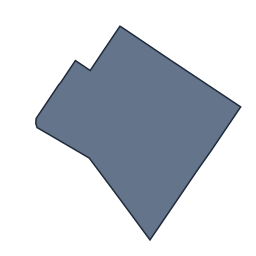 Pueblo, Colorado, United States of America, rotated 34°
{"feature_id": "52423323B13171777995107", "entity_name": "Pueblo", "entity_type": "district", "adm_level": 2, "iso_a3": "USA", "parent_name": "United States of America", "parent_adm1": "Colorado", "projection": "natural_earth1", "projection_center": [-104.683, 38.129], "detail": "fine", "context": "isolated", "style": "filled", "palette": "slate", "viewbox_px": 256, "rotation_deg": 34, "n_neighbors": 0, "source": "geoboundaries", "source_scale": "gbopen_adm2", "svg_char_len": 416}
<svg xmlns="http://www.w3.org/2000/svg" viewBox="0 0 256 256"><g transform="rotate(34 128 128)"><path d="M46.7,101.5L46.8,128.1L46.4,131.0L46.5,171.5L49.0,175.8L52.4,178.5L82.7,176.5L109.4,174.8L112.7,174.6L161.1,191.5L208.8,208.5L208.9,190.4L209.1,124.3L209.6,100.7L209.6,47.5L125.6,48.0L115.2,48.0L65.8,48.0L64.4,48.1L64.4,78.2L64.5,101.5L46.7,101.5Z" fill="#64748b" stroke="#1e293b" stroke-width="1.5"/></g></svg>